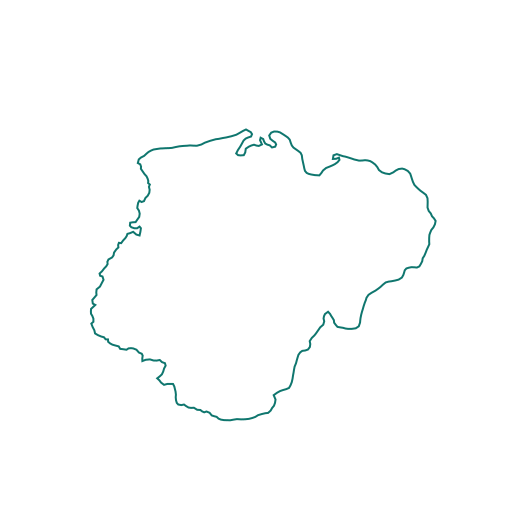 outline of Pintópolis, Minas Gerais, Brazil, rotated 241°
{"feature_id": "56859067B18460056195803", "entity_name": "Pintópolis", "entity_type": "district", "adm_level": 2, "iso_a3": "BRA", "parent_name": "Brazil", "parent_adm1": "Minas Gerais", "projection": "robinson", "projection_center": [-45.235, -16.058], "detail": "fine", "context": "isolated", "style": "outline", "palette": "teal", "viewbox_px": 512, "rotation_deg": 241, "n_neighbors": 0, "source": "geoboundaries", "source_scale": "gbopen_adm2", "svg_char_len": 5151}
<svg xmlns="http://www.w3.org/2000/svg" viewBox="0 0 512 512"><g transform="rotate(241 256 256)"><path d="M163.8,116.0L161.8,118.4L161.0,121.0L158.8,122.0L156.2,123.5L154.6,125.6L153.4,128.1L150.0,130.0L148.3,132.7L146.3,133.5L144.4,134.9L144.0,137.3L141.4,139.4L138.0,140.0L136.1,141.8L134.4,143.6L131.9,144.4L129.9,146.0L128.0,148.4L126.1,151.6L124.8,153.9L123.8,156.9L122.6,160.2L120.2,164.0L118.6,167.1L117.0,170.8L116.1,174.3L115.6,177.4L115.8,180.6L115.0,184.3L114.0,187.9L112.9,190.5L113.7,193.9L115.3,196.5L116.3,199.1L118.3,201.4L121.0,203.5L125.7,204.0L126.2,208.2L126.2,211.6L125.7,214.5L124.9,217.9L124.6,220.9L126.1,223.4L128.3,226.1L131.0,228.5L133.6,230.5L135.9,232.4L138.1,234.1L140.5,236.1L142.8,239.0L145.0,241.1L146.9,243.0L149.0,245.2L150.3,248.0L150.6,250.5L149.5,253.2L149.0,256.1L150.3,259.0L152.7,260.8L155.5,261.7L157.3,265.1L158.2,268.5L159.1,270.7L160.8,274.2L162.5,277.6L163.3,281.5L165.8,284.0L168.6,284.8L170.4,286.3L171.8,288.2L172.3,292.0L169.4,292.7L167.2,292.7L164.7,292.9L162.1,293.0L159.8,292.0L156.9,292.4L154.5,292.9L152.7,295.1L151.0,297.3L149.2,299.1L147.7,301.1L145.9,304.3L144.4,308.2L144.7,311.8L147.3,314.7L149.2,316.0L151.0,317.3L153.7,319.6L155.9,321.7L157.6,323.5L160.1,326.0L162.5,328.6L164.1,330.6L165.9,332.4L167.5,335.6L167.8,339.2L167.8,343.7L168.2,347.4L168.6,349.9L169.4,353.1L170.0,356.6L169.3,359.6L168.3,362.1L167.1,365.8L166.2,369.3L166.4,373.1L168.0,375.7L169.6,377.4L171.4,379.2L172.2,381.5L171.7,383.9L170.9,386.5L169.3,389.1L167.9,391.1L167.7,393.8L169.0,396.1L170.8,398.8L173.2,400.7L174.5,403.2L176.5,405.8L178.7,408.4L180.5,410.9L182.3,413.3L184.6,414.4L187.8,416.2L190.4,417.9L192.0,419.7L193.8,422.0L195.0,425.0L197.0,427.9L199.6,430.1L202.7,429.9L205.4,429.2L208.5,429.5L211.6,428.9L215.2,429.5L217.9,431.1L220.3,432.5L223.4,434.0L227.1,434.3L230.1,433.0L233.3,431.5L236.1,430.5L238.7,429.7L241.4,429.0L244.8,429.2L248.1,429.8L251.0,430.4L253.3,430.8L256.8,430.0L259.9,428.0L261.6,426.2L262.9,422.9L263.0,419.7L262.6,416.6L262.9,412.4L265.5,409.1L268.2,406.7L271.6,405.2L274.9,405.2L278.2,404.6L281.4,403.2L283.6,401.9L285.4,400.0L286.9,397.9L288.1,395.0L289.5,392.3L291.1,390.6L292.8,388.7L294.5,387.2L296.2,385.6L298.1,383.8L299.7,382.2L301.2,380.4L303.5,378.3L305.9,376.1L306.5,372.6L303.6,370.3L302.2,373.2L301.8,376.2L299.6,375.6L298.5,372.8L298.1,369.5L298.2,366.9L298.5,363.8L299.0,360.0L298.3,356.1L296.9,353.4L295.8,350.5L298.2,346.7L300.6,343.7L302.3,341.9L304.1,340.6L306.7,340.1L309.2,340.7L311.7,341.5L315.1,342.5L318.4,343.5L321.9,344.9L324.7,345.0L327.3,343.9L330.2,342.5L332.7,341.3L335.3,340.9L338.3,341.3L341.4,341.9L344.1,341.3L346.2,340.3L348.9,338.9L352.5,336.9L354.4,335.0L356.1,332.2L356.5,329.1L355.0,326.0L351.6,325.3L348.8,326.4L346.0,327.8L343.8,327.7L342.3,325.8L343.2,322.6L346.1,321.7L347.9,319.9L349.9,318.6L352.5,318.6L354.8,319.0L357.2,317.4L355.4,315.7L350.7,315.3L350.9,311.8L352.4,309.9L354.3,308.2L354.9,305.5L355.1,302.7L354.8,299.1L351.8,296.8L350.1,294.2L351.5,291.2L352.9,289.2L355.3,288.4L357.4,291.5L359.3,295.2L360.9,297.8L363.0,301.1L363.7,303.9L363.5,306.4L362.9,309.6L364.5,311.6L366.8,311.5L369.2,310.0L371.5,308.6L371.7,305.5L371.6,301.2L371.6,297.6L372.1,295.2L372.7,292.4L373.4,290.0L374.1,287.5L375.3,284.1L376.5,280.2L377.6,277.5L378.3,274.6L379.0,271.6L379.5,268.6L379.9,266.3L380.0,262.3L381.1,257.7L382.9,254.7L384.7,251.9L385.9,249.1L387.5,245.8L389.1,242.1L390.3,238.4L391.3,234.9L392.6,232.1L394.1,229.2L395.1,227.1L396.5,224.3L397.9,220.5L398.8,218.0L399.1,215.3L399.1,212.4L398.6,209.9L397.8,206.7L397.9,203.1L397.3,200.3L394.6,197.7L392.3,199.2L389.9,198.8L388.1,197.6L384.9,197.9L381.8,198.2L378.8,198.9L376.1,198.7L373.9,198.2L372.1,197.0L370.0,197.8L368.4,195.9L365.5,195.1L363.0,193.3L361.2,190.5L360.4,187.5L358.3,184.6L358.7,182.1L360.9,180.8L359.7,178.8L357.4,176.8L355.5,175.4L352.4,175.6L349.4,174.8L346.8,172.8L345.5,170.1L344.0,167.1L345.3,164.4L346.1,162.1L343.7,160.4L341.6,160.9L339.2,163.1L337.9,165.5L338.2,168.4L336.1,168.8L333.2,166.6L330.4,164.1L332.8,161.7L336.7,160.3L337.1,156.7L337.7,154.3L336.1,152.5L335.0,150.4L334.0,147.3L332.6,144.3L334.0,142.5L332.4,140.7L330.2,139.8L329.5,137.0L327.8,133.5L325.6,131.7L324.5,129.4L324.5,125.3L323.0,123.2L320.9,122.3L319.6,120.0L318.7,117.1L317.3,113.9L316.5,110.7L314.3,110.1L312.5,111.8L309.1,111.1L307.1,108.0L304.9,104.7L304.1,100.4L301.5,98.6L299.2,97.6L298.2,95.0L296.9,91.5L293.5,90.2L291.1,91.7L290.5,89.3L289.7,86.1L287.7,84.8L285.5,83.7L283.0,83.8L280.0,83.4L277.3,81.9L276.7,79.2L273.2,78.7L269.4,78.6L266.3,77.7L263.4,79.4L260.6,81.6L258.7,83.6L256.0,84.1L254.8,86.1L252.7,85.1L250.3,86.0L248.1,87.4L246.1,89.4L243.5,92.1L240.6,92.2L239.2,94.2L236.8,97.3L237.0,99.7L236.0,102.0L234.7,103.8L232.0,106.0L228.3,106.8L225.9,108.7L223.8,108.6L221.6,106.9L219.2,105.7L218.7,109.2L217.0,113.1L214.3,115.7L212.7,118.4L211.7,121.4L208.8,122.3L206.4,124.4L203.9,123.8L202.2,121.1L199.9,118.8L198.1,116.3L197.4,113.5L196.9,110.3L194.2,111.2L191.3,111.6L187.9,113.1L187.1,116.4L185.7,119.0L184.3,121.4L181.5,121.3L179.0,120.6L176.4,119.9L173.5,118.7L171.4,117.3L168.6,116.1L165.9,115.5L163.8,116.0Z" fill="none" stroke="#0f766e" stroke-width="2"/></g></svg>